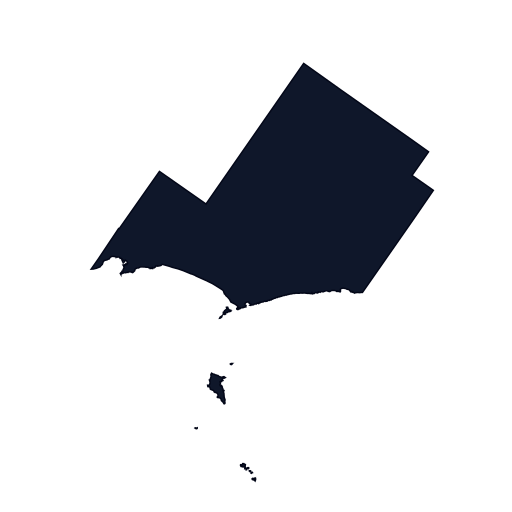 the district of Elliston, South Australia, Australia, rotated 305°
{"feature_id": "25037944B88670568151833", "entity_name": "Elliston", "entity_type": "district", "adm_level": 2, "iso_a3": "AUS", "parent_name": "Australia", "parent_adm1": "South Australia", "projection": "equal_earth", "projection_center": [134.757, -33.574], "detail": "fine", "context": "isolated", "style": "filled", "palette": "ink", "viewbox_px": 512, "rotation_deg": 305, "n_neighbors": 0, "source": "geoboundaries", "source_scale": "gbopen_adm2", "svg_char_len": 6102}
<svg xmlns="http://www.w3.org/2000/svg" viewBox="0 0 512 512"><g transform="rotate(305 256 256)"><path d="M441.1,184.6L269.9,185.2L269.9,128.4L199.5,128.3L199.6,127.7L163.4,128.5L150.7,128.5L152.0,130.2L154.4,132.3L157.7,134.5L158.2,134.4L161.1,134.9L163.3,134.2L165.3,134.3L167.4,136.2L168.6,136.7L169.3,137.4L171.4,137.3L171.9,137.7L172.6,137.8L173.6,138.9L174.8,141.2L174.9,141.8L174.7,142.1L175.1,142.1L175.7,143.3L176.2,143.4L176.5,144.6L176.6,145.2L176.1,146.1L176.8,146.9L176.7,148.0L176.0,148.2L174.8,150.2L175.8,149.7L176.4,149.7L176.7,150.0L176.5,150.4L176.6,151.2L175.8,151.5L176.3,151.6L177.2,151.2L177.7,151.4L177.8,153.0L177.1,153.9L176.9,154.7L176.5,155.1L175.3,155.0L174.7,155.6L174.9,154.9L174.4,154.6L175.1,154.4L175.2,154.0L172.7,153.2L172.6,152.7L172.9,153.2L173.1,153.1L172.3,152.3L172.1,153.0L170.8,154.6L168.4,155.0L167.4,155.7L167.1,155.6L166.8,155.0L165.8,155.2L163.9,154.8L163.4,155.8L163.7,155.6L163.9,155.9L164.7,155.7L164.7,156.1L165.0,156.0L165.4,156.6L165.9,156.8L166.0,157.2L166.3,157.2L167.0,157.9L167.3,158.6L168.9,160.0L169.1,160.6L170.0,160.7L171.3,162.9L171.5,164.3L171.9,164.6L174.4,165.1L175.4,164.5L177.0,164.8L177.0,165.0L178.1,165.6L178.8,166.6L180.9,167.7L183.2,171.2L183.8,172.5L184.2,172.9L184.9,174.2L184.9,175.2L185.4,175.7L185.0,176.5L185.5,176.7L186.2,178.1L186.5,177.6L187.1,177.6L187.3,178.8L187.9,179.4L189.5,179.9L189.8,179.6L190.6,179.8L190.7,180.2L191.3,180.4L191.4,180.7L191.1,180.8L191.2,181.2L192.8,182.8L193.8,183.6L195.4,183.9L197.9,191.0L198.7,193.9L200.8,199.6L202.3,204.9L204.1,213.1L204.5,214.0L205.2,217.2L205.2,218.3L207.2,228.7L208.4,236.0L208.9,244.6L209.0,248.2L208.8,249.2L207.8,250.5L207.5,251.7L206.9,251.7L206.9,252.7L206.2,254.4L206.1,256.1L205.3,259.2L203.9,261.8L204.6,266.8L204.4,270.2L203.8,270.9L203.3,270.4L202.8,270.7L202.0,270.3L201.4,270.9L201.6,271.7L202.0,272.1L202.9,271.7L203.0,272.2L203.1,272.6L203.4,272.5L203.5,272.9L204.4,272.7L204.3,273.3L204.9,273.4L206.2,275.0L206.6,274.9L206.9,275.5L208.1,276.3L208.4,276.9L209.6,276.3L209.3,276.0L209.4,275.6L210.4,274.3L212.4,274.5L213.7,275.7L214.0,276.6L213.9,277.2L213.5,277.3L213.5,278.3L213.2,279.3L212.9,279.5L212.2,279.3L212.4,279.8L212.9,279.8L212.9,280.2L213.2,280.2L213.7,280.1L213.8,280.9L214.0,281.0L214.1,281.5L214.9,282.1L216.0,282.3L216.7,283.7L217.7,283.8L218.3,284.6L218.7,284.7L218.6,285.5L219.3,285.5L219.5,285.8L220.3,285.7L220.3,286.3L221.3,286.5L221.5,287.3L222.5,287.9L222.7,288.4L223.9,288.8L224.2,289.4L224.2,289.7L224.6,290.2L225.3,290.9L225.8,290.9L225.8,291.2L226.3,291.3L227.2,292.1L227.4,292.6L228.1,292.7L228.6,293.6L229.8,293.8L230.1,294.3L231.8,295.2L232.4,295.9L233.2,296.0L234.1,297.2L235.2,297.5L235.2,297.8L235.8,298.1L235.8,298.4L236.3,298.5L236.4,298.9L237.7,300.0L238.1,300.0L238.2,300.3L239.4,301.2L239.8,301.8L240.8,302.4L241.6,303.5L243.1,304.3L243.1,304.7L244.4,305.7L245.1,306.6L246.8,308.1L247.7,309.4L248.2,309.6L250.2,312.7L251.5,314.0L251.9,314.9L253.5,316.9L255.0,319.8L255.5,320.2L255.7,321.0L256.2,321.4L256.7,322.8L257.0,323.0L257.9,322.9L257.5,323.5L257.4,324.0L258.0,324.3L258.5,325.1L260.3,325.7L260.8,327.4L261.7,327.4L261.7,327.9L262.3,327.9L262.3,328.2L263.2,329.0L263.2,329.4L263.8,329.4L264.4,329.9L264.6,330.7L265.0,331.0L265.3,331.7L265.9,331.9L266.5,332.6L267.0,332.6L267.8,333.4L268.5,334.6L268.4,335.3L268.7,335.9L269.0,336.0L269.1,336.8L270.8,337.5L271.5,338.2L272.8,340.0L273.4,341.7L273.3,342.0L273.5,342.0L273.7,343.0L274.0,343.1L273.9,343.3L274.7,344.5L274.6,344.9L275.0,345.6L275.7,345.4L277.0,344.2L278.3,344.5L279.6,345.7L280.8,348.2L280.9,349.3L281.8,351.6L281.0,354.3L281.5,355.0L281.9,355.0L281.6,355.7L282.2,356.0L282.0,357.0L282.2,357.4L282.2,358.1L282.6,358.2L284.3,360.0L285.6,362.2L286.4,362.9L287.2,364.1L376.8,363.9L411.5,363.6L411.5,337.6L440.3,337.6L440.5,318.6L440.7,230.8L441.1,184.6ZM117.7,310.6L117.4,312.8L116.6,314.5L116.9,315.0L117.7,315.0L119.7,313.2L120.3,313.3L122.1,310.9L125.3,308.3L125.7,307.4L127.5,306.9L127.5,306.6L126.9,306.2L128.3,304.9L128.9,303.8L129.4,303.5L129.4,302.9L129.9,302.7L130.0,302.0L129.1,301.7L129.4,300.6L129.9,300.1L130.7,300.4L132.3,298.6L132.6,298.8L133.0,299.6L133.5,299.9L134.3,299.3L135.0,300.1L135.2,300.9L135.4,299.1L136.0,298.8L137.1,299.0L137.5,299.9L138.8,300.6L138.8,298.9L137.1,297.5L136.7,296.9L136.1,294.8L136.3,293.2L135.7,292.4L135.7,291.6L135.3,291.2L135.3,289.9L134.8,289.0L134.5,286.8L132.9,287.1L131.3,288.5L129.2,289.0L128.6,289.5L127.7,288.9L126.4,290.7L124.7,291.6L122.9,291.6L122.4,290.5L121.7,291.1L121.4,291.7L122.1,292.5L122.0,293.7L120.8,294.9L120.8,295.7L121.4,298.0L121.2,299.0L120.7,299.8L121.0,300.1L120.7,300.6L121.3,301.9L121.2,303.2L120.7,304.3L119.8,305.2L119.3,305.3L118.9,305.0L118.1,305.3L118.1,305.9L118.8,307.0L119.1,308.3L118.7,309.5L117.7,310.6ZM197.0,266.4L196.8,265.7L196.4,265.5L196.4,265.0L196.6,264.6L196.9,263.3L197.8,262.3L197.5,261.6L197.0,261.2L196.1,262.5L193.0,261.6L192.1,262.0L191.3,261.5L190.8,261.7L190.7,262.2L189.6,262.4L189.7,263.3L190.4,264.1L190.8,264.0L191.0,264.2L191.2,263.9L191.5,264.0L192.1,263.7L193.4,265.0L194.4,265.2L194.9,265.8L195.4,265.7L195.9,266.3L195.7,266.6L196.4,267.0L196.8,266.3L197.0,266.4ZM76.5,370.5L77.5,371.8L78.0,371.8L78.4,371.4L78.0,370.7L76.5,369.8L76.2,369.1L77.1,368.0L79.1,366.9L78.7,366.0L79.0,365.2L78.3,364.2L77.7,364.5L76.7,364.5L76.6,363.4L76.2,363.1L75.6,363.4L75.0,364.5L75.6,365.6L75.7,366.4L76.7,367.2L76.7,367.5L76.4,368.2L75.3,368.8L76.2,369.8L75.2,370.6L75.4,370.8L75.8,370.4L76.5,370.5ZM71.2,384.3L72.5,384.0L73.3,383.4L72.4,382.8L72.6,382.4L72.5,382.1L73.0,382.1L72.2,381.5L71.9,380.7L71.2,380.6L70.9,381.0L71.1,381.2L70.9,381.9L71.1,382.4L71.7,382.6L71.2,384.3ZM186.4,262.9L187.5,262.5L185.4,261.7L184.2,261.9L184.7,262.4L186.4,262.9ZM80.1,304.7L80.1,305.7L80.5,306.5L81.0,306.7L81.5,306.4L80.9,306.0L80.4,304.8L80.1,304.7ZM153.0,298.2L153.4,298.4L153.7,298.0L154.3,298.2L153.7,297.3L152.8,296.9L152.6,297.3L153.0,297.7L153.0,298.2ZM76.3,375.5L76.9,374.8L76.3,373.7L76.0,373.9L76.2,374.7L76.0,374.8L76.3,375.5ZM74.7,376.7L75.9,376.9L76.5,377.4L76.7,377.1L75.9,376.3L74.7,376.7Z" fill="#0f172a" stroke="#020617" stroke-width="1.5"/></g></svg>